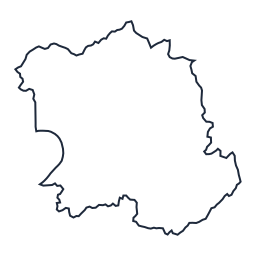 outline of Salesópolis, São Paulo, Brazil
{"feature_id": "56859067B19301542712109", "entity_name": "Salesópolis", "entity_type": "district", "adm_level": 2, "iso_a3": "BRA", "parent_name": "Brazil", "parent_adm1": "São Paulo", "projection": "equal_earth", "projection_center": [-45.846, -23.578], "detail": "fine", "context": "isolated", "style": "outline", "palette": "slate", "viewbox_px": 256, "rotation_deg": 0, "n_neighbors": 0, "source": "geoboundaries", "source_scale": "gbopen_adm2", "svg_char_len": 2987}
<svg xmlns="http://www.w3.org/2000/svg" viewBox="0 0 256 256"><path d="M165.2,233.4L167.6,234.5L169.5,232.2L171.6,230.5L172.8,233.2L175.2,233.9L177.6,234.7L180.2,232.6L183.0,230.8L185.4,227.5L187.7,225.6L189.3,222.9L192.5,222.8L196.2,223.0L199.1,221.9L202.6,219.8L205.7,218.8L207.8,215.1L209.5,211.9L211.4,208.2L214.6,207.3L216.8,204.6L219.1,202.8L222.6,199.2L224.7,196.0L227.2,194.0L228.9,196.0L231.5,194.8L233.4,191.0L235.8,188.2L236.9,184.8L239.0,183.5L240.6,181.7L239.9,178.9L238.8,174.9L237.9,169.8L236.0,165.5L234.9,160.6L234.7,155.8L232.5,152.4L230.2,153.9L226.3,158.0L220.4,155.9L220.5,150.9L217.9,148.8L216.1,150.6L211.5,153.6L209.2,154.1L206.2,154.2L204.2,151.5L206.1,149.8L207.1,146.8L209.0,145.0L211.1,142.6L210.9,137.5L207.4,136.7L207.9,131.9L210.0,128.4L212.9,126.7L212.6,123.0L209.5,121.8L206.3,121.7L203.2,118.1L202.2,115.2L204.8,112.5L204.6,109.0L201.9,105.1L201.4,100.2L201.7,95.5L202.0,90.5L201.1,87.6L199.2,85.6L196.4,81.7L195.6,76.0L192.2,73.3L191.4,69.5L190.4,66.0L191.9,62.2L194.2,60.6L189.6,60.1L186.5,58.7L182.7,57.0L178.2,58.0L174.8,58.7L172.4,58.5L169.7,57.1L168.1,54.1L169.3,50.4L169.8,45.5L169.7,40.3L167.0,41.1L164.2,39.8L161.5,41.9L158.4,43.0L156.4,44.0L153.6,45.7L151.0,47.7L149.1,43.0L147.2,38.5L142.4,37.0L138.7,34.6L136.2,33.0L134.0,30.6L133.0,25.2L131.4,21.3L128.9,22.0L126.2,22.5L124.3,25.9L121.9,28.7L119.5,29.7L117.2,30.0L114.9,31.6L111.9,31.4L110.0,33.1L107.9,35.6L106.2,38.7L103.7,38.3L101.2,39.7L98.4,43.0L95.0,41.6L93.2,44.3L91.0,45.5L88.1,45.9L85.9,47.4L84.4,50.0L82.6,53.7L79.2,54.5L76.4,55.5L74.1,54.2L71.3,53.2L67.9,49.1L65.2,47.8L62.5,46.9L58.9,45.6L56.4,44.1L54.0,43.5L50.6,44.5L48.0,48.0L44.8,48.9L42.1,47.8L38.9,46.4L36.2,47.5L33.0,49.6L29.7,51.6L26.7,54.8L25.5,59.0L23.1,62.9L21.0,66.3L18.2,67.4L15.4,69.3L17.5,72.0L20.0,73.7L20.3,77.0L22.5,78.7L23.1,81.7L20.7,84.9L18.9,87.6L20.8,89.4L23.4,90.7L26.0,90.8L29.2,88.9L32.7,90.0L34.3,94.5L33.3,98.8L35.3,102.3L35.6,122.9L35.6,126.8L36.3,131.3L38.7,130.8L42.1,130.7L44.4,130.8L48.3,131.0L51.0,131.8L54.9,133.9L57.5,136.1L59.5,138.6L61.5,142.6L63.0,148.8L63.3,153.3L62.8,156.8L61.7,160.8L59.3,164.1L57.6,165.9L55.8,167.6L50.5,173.4L48.9,175.6L46.7,178.3L44.4,180.7L42.5,182.4L39.9,184.3L43.3,185.6L47.8,185.3L52.1,185.0L55.0,183.4L57.2,185.9L60.4,185.5L63.3,189.1L61.8,191.5L60.1,194.0L58.0,194.7L57.4,197.7L59.3,199.7L60.1,202.5L56.8,203.0L57.5,206.1L56.8,209.5L59.0,211.4L62.5,210.2L65.8,207.9L68.8,208.5L69.2,212.2L70.1,215.7L73.5,217.5L76.4,216.0L78.7,216.2L81.2,213.5L84.8,210.0L86.4,207.6L89.6,206.6L92.3,208.0L95.7,207.7L99.0,204.9L102.9,205.2L105.5,204.4L108.0,206.3L110.8,205.5L112.9,203.6L115.7,205.9L118.3,205.4L118.9,201.2L119.8,197.7L122.5,198.8L123.4,195.5L126.2,195.5L128.1,197.7L130.2,199.6L134.5,199.9L136.8,202.7L136.5,207.1L136.9,210.7L137.2,213.8L135.3,216.1L133.5,217.7L133.2,221.0L136.1,221.8L138.8,225.6L141.8,226.4L144.6,227.0L148.2,228.2L150.8,228.6L153.9,227.7L156.3,228.3L159.1,228.0L162.9,228.3L165.2,233.4Z" fill="none" stroke="#1e293b" stroke-width="2"/></svg>